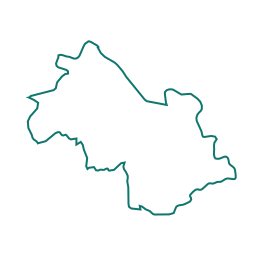 outline of Isère, rotated 350°
{"feature_id": "FRA-5311", "entity_name": "Isère", "entity_type": "Metropolitan department", "adm_level": 1, "iso_a3": "FRA", "parent_name": "France", "parent_adm1": "", "projection": "equal_earth", "projection_center": [5.636, 45.294], "detail": "fine", "context": "isolated", "style": "outline", "palette": "teal", "viewbox_px": 256, "rotation_deg": 350, "n_neighbors": 0, "source": "natural_earth", "source_scale": "10m", "svg_char_len": 2470}
<svg xmlns="http://www.w3.org/2000/svg" viewBox="0 0 256 256"><g transform="rotate(350 128 128)"><path d="M63.1,124.1L62.0,123.8L61.0,122.6L60.6,121.4L60.0,120.4L58.3,119.9L55.6,120.5L44.7,126.7L36.6,127.4L36.6,127.0L35.1,124.7L33.2,122.9L32.3,121.0L32.0,117.9L31.6,116.5L29.9,110.8L30.5,104.1L33.7,99.6L42.0,93.0L43.9,87.6L40.2,84.0L35.7,80.8L36.2,80.8L37.8,79.6L61.4,77.8L63.9,76.2L65.7,71.7L66.6,70.3L72.2,65.6L75.5,64.0L78.4,64.0L78.7,61.7L77.4,60.1L69.8,56.1L68.4,54.3L68.4,51.8L71.6,46.5L72.2,44.3L74.1,44.2L76.0,44.8L80.0,46.9L82.9,47.9L86.4,50.1L88.7,50.6L90.9,50.0L92.8,48.4L98.4,39.9L100.2,37.7L101.8,36.8L103.0,36.5L103.6,36.0L104.5,35.8L106.4,36.8L111.9,41.4L112.4,42.2L112.9,43.1L112.7,43.2L112.4,43.4L112.2,43.5L114.3,49.5L117.6,54.0L126.0,61.0L128.3,63.8L132.5,71.0L135.3,77.6L149.5,103.1L151.3,104.9L170.1,112.0L169.8,109.3L170.2,101.2L170.6,99.1L172.5,97.6L174.6,97.1L176.8,97.3L179.0,98.0L186.4,104.3L194.9,105.1L196.1,105.6L201.4,111.1L203.7,114.6L204.6,118.6L204.0,122.1L202.5,123.9L200.5,125.2L198.5,127.1L197.1,130.0L196.9,132.9L199.7,143.7L200.0,148.6L200.5,149.7L201.7,150.1L208.6,150.3L212.2,151.6L213.4,154.4L210.5,157.5L210.2,158.4L209.6,160.5L209.3,163.2L208.1,168.7L208.1,171.4L208.7,173.1L209.9,173.6L211.0,173.9L212.6,174.1L218.2,173.0L219.4,173.2L220.7,174.2L221.2,175.3L221.4,176.7L221.4,180.1L221.9,181.5L222.9,182.7L224.0,183.8L225.4,185.5L225.9,186.8L226.1,188.0L225.9,192.6L225.6,195.0L225.2,195.9L224.6,196.6L223.7,196.7L222.6,196.6L218.3,195.2L217.2,195.0L216.1,195.0L214.8,195.3L210.8,196.9L209.6,197.1L207.4,196.7L206.2,196.7L202.6,197.5L201.5,197.4L199.2,196.7L198.0,196.6L196.8,197.1L190.5,201.0L189.3,201.4L188.1,201.4L186.1,200.6L185.0,200.4L183.8,200.6L182.7,201.1L180.7,202.3L177.8,204.5L177.3,205.5L177.5,206.8L177.9,207.9L177.8,209.4L177.0,210.4L176.0,211.3L171.2,212.7L168.7,213.1L165.1,213.0L163.8,213.2L162.2,213.7L161.2,214.9L158.2,219.7L153.5,220.2L139.0,217.8L137.6,217.0L134.9,213.5L131.2,211.1L128.3,207.9L126.1,206.8L126.1,210.4L117.2,207.8L115.3,205.7L115.3,202.9L118.0,186.4L118.0,180.6L119.2,176.6L119.4,174.9L118.3,170.9L117.0,168.1L116.7,165.3L118.6,161.4L115.1,161.5L106.9,166.8L102.0,166.7L101.5,166.2L101.1,164.7L100.8,164.4L99.5,164.3L97.0,165.1L93.5,164.2L91.2,164.7L89.2,164.1L87.7,160.6L82.6,160.4L81.0,161.3L80.2,158.4L82.6,150.5L80.8,141.8L80.5,136.6L79.0,133.5L74.3,135.4L75.4,129.4L69.8,129.3L68.1,128.0L66.3,124.7L65.5,123.8L63.1,124.1Z" fill="none" stroke="#0f766e" stroke-width="2"/></g></svg>